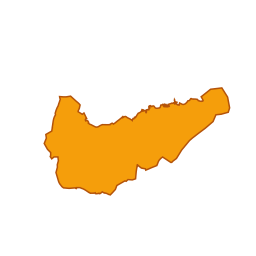 the district of Ål nor, Buskerud, Norway, rotated 124°
{"feature_id": "86288312B66646203611151", "entity_name": "Ål nor", "entity_type": "district", "adm_level": 2, "iso_a3": "NOR", "parent_name": "Norway", "parent_adm1": "Buskerud", "projection": "mercator", "projection_center": [8.363, 60.697], "detail": "fine", "context": "isolated", "style": "filled", "palette": "amber", "viewbox_px": 256, "rotation_deg": 124, "n_neighbors": 0, "source": "geoboundaries", "source_scale": "gbopen_adm2", "svg_char_len": 5294}
<svg xmlns="http://www.w3.org/2000/svg" viewBox="0 0 256 256"><g transform="rotate(124 128 128)"><path d="M193.6,106.2L193.4,105.3L190.2,104.7L186.0,104.1L181.9,105.1L173.6,101.0L173.2,99.7L170.8,99.2L168.6,95.4L165.9,93.3L159.4,96.9L153.4,99.7L153.2,99.5L153.4,99.2L153.5,99.2L154.0,99.2L154.2,98.9L153.3,99.1L153.4,98.6L153.4,98.2L153.5,97.9L153.7,95.4L153.7,94.7L153.7,94.4L152.1,90.7L153.0,89.7L150.4,88.0L148.6,86.9L143.0,83.1L142.9,83.2L142.5,83.3L142.2,83.3L141.8,83.4L141.3,83.4L140.1,83.8L137.6,84.2L135.2,83.9L134.2,83.6L132.7,83.1L132.6,73.2L132.0,72.5L130.2,72.2L126.2,70.8L116.1,71.2L104.0,70.0L99.9,68.9L99.7,68.8L93.3,66.7L84.9,63.8L75.1,61.1L67.9,62.5L64.4,58.4L58.9,53.7L54.5,55.0L46.7,62.7L42.3,72.6L49.7,81.2L61.2,84.8L62.3,82.5L63.2,81.1L64.0,81.1L64.2,81.4L64.4,81.9L64.9,82.1L65.1,82.5L65.6,83.6L65.7,84.0L65.6,84.4L66.0,84.9L66.0,85.2L65.6,85.9L65.6,86.4L65.5,86.7L66.0,87.4L66.0,87.7L66.2,88.1L66.5,88.4L66.8,89.1L67.2,89.4L67.4,89.7L67.4,90.1L68.0,90.9L68.1,91.2L68.2,91.3L68.2,91.9L68.3,92.2L68.6,92.4L70.4,92.4L71.0,92.6L72.1,93.6L73.2,93.5L73.8,93.6L75.5,93.9L76.2,94.2L76.8,94.6L77.5,95.2L77.8,95.8L78.0,96.2L78.4,99.2L80.5,98.5L80.6,98.8L80.6,99.2L80.9,99.5L81.1,100.0L81.1,100.3L80.9,100.7L81.1,101.5L81.1,102.2L81.5,102.5L81.9,102.6L81.9,102.8L81.5,102.9L81.7,103.4L81.7,103.8L81.6,104.0L81.3,103.9L81.2,103.6L81.3,103.4L80.9,103.2L81.0,103.1L80.6,102.7L80.6,102.2L80.3,102.2L80.0,102.2L80.1,102.6L79.9,102.6L79.7,102.3L79.5,101.8L79.3,101.8L79.5,102.5L79.8,102.9L79.7,103.6L79.9,103.9L79.4,104.5L79.1,104.8L78.7,104.9L78.5,105.3L78.7,105.2L79.0,104.9L79.4,104.8L79.8,104.1L80.1,103.9L80.3,103.4L80.5,103.6L80.5,103.8L80.9,103.8L81.1,103.9L81.3,104.1L81.8,104.4L82.2,104.5L82.5,104.7L82.6,105.0L82.8,105.1L82.8,105.3L82.9,105.6L83.3,105.9L83.5,105.9L86.0,107.9L86.2,107.6L86.3,107.5L86.5,107.4L86.6,107.5L87.2,107.9L87.4,108.0L87.4,107.8L87.3,106.7L87.2,106.7L87.2,107.0L86.9,106.4L86.7,106.1L86.8,106.0L87.3,106.3L87.4,106.2L88.6,107.4L88.5,107.6L89.7,109.2L89.8,109.3L89.9,109.6L90.0,109.9L90.1,110.0L89.9,110.2L90.0,110.4L89.9,110.6L90.0,110.8L89.9,111.0L89.7,111.0L89.2,110.5L88.7,110.2L88.4,109.7L88.0,109.8L87.9,109.7L88.1,109.3L88.2,108.9L88.1,108.6L87.9,108.7L87.8,109.0L87.6,109.0L87.2,109.6L87.8,110.6L87.9,110.8L87.9,111.1L88.0,111.1L88.7,110.9L88.8,111.2L89.0,112.0L88.8,112.1L88.9,112.4L89.5,112.4L90.6,113.6L92.5,113.0L93.1,112.9L93.4,113.0L93.9,113.3L95.3,114.8L95.8,115.6L96.0,116.1L96.1,116.4L96.0,117.0L95.4,118.6L95.5,119.2L95.6,119.4L96.2,120.0L96.3,120.0L96.6,120.1L96.9,120.4L97.0,120.4L97.1,120.7L97.0,120.8L96.9,120.8L96.9,121.2L96.9,121.3L97.3,121.5L97.5,121.7L97.4,121.8L97.3,121.7L97.2,121.6L97.0,122.0L97.3,122.3L97.5,122.2L97.9,122.7L98.6,122.7L98.8,122.3L99.0,122.3L99.0,122.1L98.9,121.7L99.0,121.7L99.1,121.2L99.3,121.1L99.8,121.6L100.1,121.3L100.3,121.2L100.4,121.3L100.7,121.3L100.8,121.5L101.0,121.6L101.1,121.4L101.0,121.1L101.3,121.0L101.5,121.6L102.5,122.7L102.7,122.4L102.8,122.4L103.5,122.5L103.5,122.2L104.0,122.0L104.5,121.6L105.2,121.6L105.2,121.8L104.9,122.0L103.7,122.9L103.5,123.0L105.6,125.1L104.4,125.3L104.9,126.7L106.7,126.2L108.3,126.7L110.1,127.8L112.3,127.8L114.1,127.7L114.3,127.8L114.3,127.7L114.5,127.7L114.4,127.8L114.6,127.9L114.6,128.0L115.1,128.3L115.3,128.5L115.7,128.5L115.8,128.6L116.0,128.4L117.0,128.3L117.0,128.5L117.6,128.8L117.6,129.1L118.2,129.0L118.3,129.0L118.5,129.0L119.4,128.7L119.3,129.1L119.4,130.8L119.4,131.8L119.6,132.9L119.8,134.6L119.7,135.9L120.0,136.8L121.2,137.7L122.5,138.1L122.5,138.3L121.8,138.2L121.6,138.4L121.2,138.6L120.6,138.5L123.2,139.1L126.2,140.0L128.2,140.7L131.2,141.6L132.9,142.3L132.8,142.8L132.8,143.2L132.9,143.4L132.8,143.6L132.9,143.9L133.3,144.1L133.9,144.3L134.2,144.6L134.4,144.7L134.6,144.8L134.8,144.9L135.2,144.7L135.3,144.8L137.0,147.2L139.6,151.2L141.3,152.3L143.8,153.5L144.8,154.5L145.3,155.5L145.7,158.5L145.8,159.6L146.0,161.1L146.3,161.8L146.3,162.2L146.2,162.7L146.2,163.6L145.3,163.8L145.3,164.1L144.9,164.7L144.9,165.0L144.6,165.4L144.9,166.1L144.9,166.4L144.9,166.6L144.9,167.0L145.0,167.3L145.4,167.1L145.6,167.1L145.4,167.6L145.0,168.0L143.6,168.0L143.4,168.3L143.2,168.2L143.1,167.9L140.2,172.9L142.2,173.6L142.4,178.5L141.5,178.9L139.0,179.3L135.7,180.6L135.3,182.0L134.9,184.3L134.9,185.0L133.7,193.4L136.8,196.7L138.4,199.1L140.2,202.3L141.2,201.4L141.9,200.3L145.6,199.2L146.2,199.1L148.7,198.3L150.8,198.1L153.6,197.5L156.5,196.6L157.6,195.5L159.8,195.3L161.8,194.8L163.8,194.0L170.1,191.0L170.1,190.9L170.2,190.7L170.3,190.7L170.4,190.8L173.2,189.5L179.3,192.5L182.1,190.0L187.7,188.8L190.7,182.8L191.1,180.9L191.6,178.4L193.3,177.2L194.6,176.5L194.8,176.6L195.2,176.5L195.7,175.2L196.2,174.0L193.3,173.1L191.2,169.9L194.1,167.4L198.0,166.1L200.0,164.6L205.2,162.8L211.0,155.8L211.7,154.8L212.5,153.3L213.6,149.9L213.7,148.0L211.0,143.1L207.4,138.6L207.2,138.4L207.1,138.2L207.3,137.6L207.2,137.4L207.1,137.0L206.6,137.0L206.2,137.3L205.1,135.7L204.3,134.4L204.2,134.3L204.1,133.2L203.5,131.0L203.3,128.3L203.3,124.8L203.2,124.3L203.3,124.3L203.2,123.5L203.1,122.7L201.0,119.7L200.5,119.2L200.1,119.0L200.6,118.3L200.2,117.5L199.0,116.1L198.3,115.6L198.2,115.2L198.4,115.0L198.2,114.6L196.8,114.0L195.3,113.6L195.2,111.3L194.9,111.2L194.1,108.8L193.9,106.9L193.6,106.2Z" fill="#f59e0b" stroke="#b45309" stroke-width="1.5"/></g></svg>